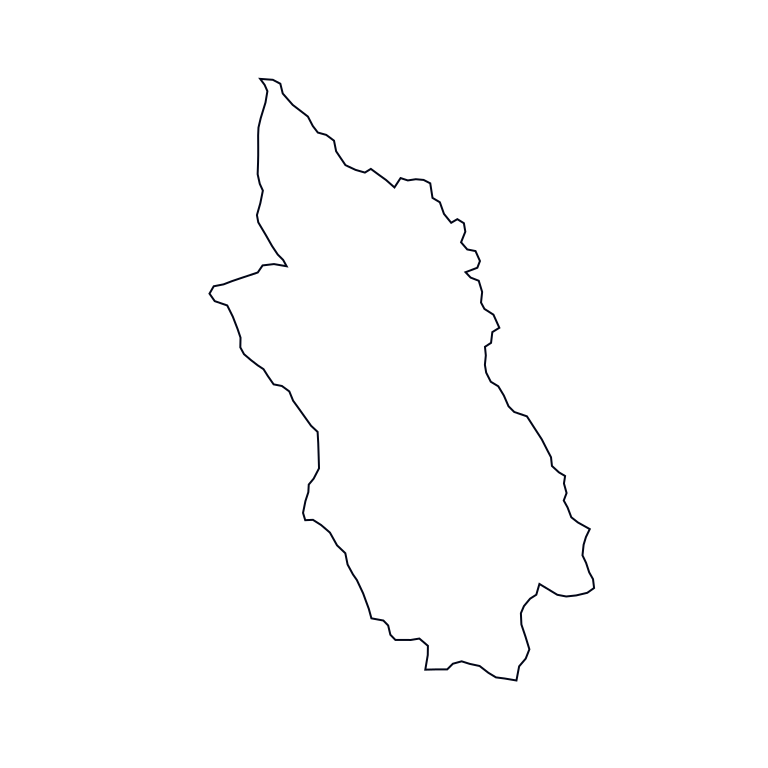 outline of Itaguaru, Goiás, Brazil, rotated 315°
{"feature_id": "56859067B43466289017785", "entity_name": "Itaguaru", "entity_type": "district", "adm_level": 2, "iso_a3": "BRA", "parent_name": "Brazil", "parent_adm1": "Goiás", "projection": "mercator", "projection_center": [-49.61, -15.762], "detail": "fine", "context": "isolated", "style": "outline", "palette": "ink", "viewbox_px": 768, "rotation_deg": 315, "n_neighbors": 0, "source": "geoboundaries", "source_scale": "gbopen_adm2", "svg_char_len": 2309}
<svg xmlns="http://www.w3.org/2000/svg" viewBox="0 0 768 768"><g transform="rotate(315 384 384)"><path d="M226.9,630.5L234.9,630.5L242.8,635.0L246.7,642.5L252.2,651.0L253.6,662.0L255.7,670.6L261.1,677.6L268.0,687.3L279.9,679.2L290.0,678.4L299.2,674.4L305.4,662.7L311.1,651.2L318.7,642.9L325.9,640.0L335.5,639.1L342.7,640.7L352.5,635.3L357.5,655.6L362.6,663.1L370.4,669.4L380.1,675.4L388.3,676.8L393.8,669.8L395.9,662.3L400.4,653.4L403.2,645.5L411.5,638.8L418.6,635.0L426.9,632.1L423.2,619.0L422.2,610.7L426.5,601.1L428.7,593.5L436.0,590.2L440.9,581.6L447.0,577.1L445.2,570.1L444.8,560.7L450.3,553.9L452.5,546.8L456.4,534.8L459.2,521.7L462.2,507.9L456.3,495.9L456.3,487.8L460.6,476.9L463.2,466.4L461.1,457.9L464.3,448.2L468.9,441.8L476.2,435.8L481.7,429.1L488.8,430.6L497.3,423.9L505.3,425.8L510.4,412.4L508.1,401.9L510.2,395.0L518.5,388.3L524.0,378.0L520.5,370.0L520.7,362.6L532.2,367.8L538.8,364.9L542.7,354.7L538.0,347.7L538.7,338.3L549.2,333.8L554.2,326.8L552.4,319.3L545.5,317.5L546.7,306.1L552.0,295.0L549.9,286.7L558.6,274.8L556.3,267.7L551.3,261.7L544.8,256.9L541.3,250.1L530.4,252.4L529.7,241.2L528.3,232.6L526.8,222.6L520.0,221.0L515.3,212.5L511.5,202.0L514.7,185.6L520.7,176.6L519.3,167.0L515.0,159.4L516.1,151.2L519.3,141.1L516.8,122.1L517.8,107.0L523.0,98.4L520.5,90.3L512.2,80.7L511.1,88.1L508.6,94.5L499.2,101.2L484.7,108.9L476.6,113.9L470.9,119.1L462.9,127.2L456.7,133.4L451.7,138.2L443.0,146.3L437.7,154.6L435.1,161.6L424.4,168.7L413.6,174.7L409.4,180.8L405.7,195.3L402.4,207.3L400.4,217.3L400.4,225.0L398.4,231.9L391.0,221.4L382.0,214.3L373.6,215.9L365.4,211.8L356.0,207.1L349.3,203.8L341.0,200.1L332.7,194.5L324.5,196.7L322.9,205.7L328.7,217.6L324.7,229.5L319.4,241.5L315.3,249.8L308.3,256.5L306.1,263.9L306.8,272.9L307.9,281.5L309.3,288.3L307.5,296.2L305.7,306.2L310.4,313.2L311.8,322.3L307.9,331.6L306.8,338.7L304.6,351.8L302.9,361.9L303.2,370.9L295.7,379.3L288.2,387.3L278.4,397.7L267.3,401.2L259.7,401.9L254.0,407.0L245.7,411.2L235.6,417.9L232.0,424.6L237.7,429.8L239.8,439.2L240.7,450.8L236.7,464.9L237.0,476.3L230.6,485.9L227.4,496.7L226.2,503.4L221.2,517.3L217.7,524.8L214.3,532.2L209.4,540.8L216.3,550.8L216.2,557.7L211.2,565.8L211.1,573.0L221.9,583.9L229.0,589.0L229.9,600.2L223.3,606.6L211.2,615.2L219.5,623.1L226.9,630.5Z" fill="none" stroke="#020617" stroke-width="2"/></g></svg>